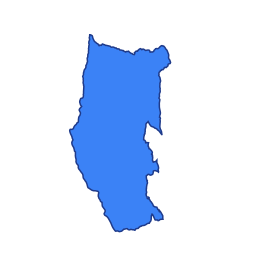 the district of La Uvita, Boyacá, Colombia, rotated 164°
{"feature_id": "7082276B58471710913685", "entity_name": "La Uvita", "entity_type": "district", "adm_level": 2, "iso_a3": "COL", "parent_name": "Colombia", "parent_adm1": "Boyacá", "projection": "equal_earth", "projection_center": [-72.564, 6.265], "detail": "fine", "context": "isolated", "style": "filled", "palette": "blue", "viewbox_px": 256, "rotation_deg": 164, "n_neighbors": 0, "source": "geoboundaries", "source_scale": "gbopen_adm2", "svg_char_len": 5806}
<svg xmlns="http://www.w3.org/2000/svg" viewBox="0 0 256 256"><g transform="rotate(164 128 128)"><path d="M186.8,103.5L186.6,102.1L186.0,100.8L185.3,98.7L184.4,96.6L184.3,95.1L184.7,93.1L184.7,91.9L184.5,91.3L184.1,90.5L183.7,88.9L183.1,87.5L182.9,85.0L183.0,83.0L182.9,81.7L179.9,78.2L178.6,77.3L176.6,76.6L174.5,75.5L174.2,75.2L174.0,74.6L174.0,73.7L174.7,72.6L175.4,70.7L175.3,68.2L174.8,67.1L174.6,65.1L173.9,64.0L173.5,63.7L174.1,60.8L174.2,59.7L172.8,55.8L172.7,55.1L172.9,54.2L174.6,52.2L174.6,51.4L174.3,50.5L172.8,48.9L172.4,48.1L171.8,46.7L170.7,41.8L170.2,37.4L169.7,35.3L168.9,33.2L168.5,32.3L166.3,31.9L165.0,30.8L164.5,30.7L162.5,30.6L159.8,31.9L159.4,31.7L157.5,31.7L156.4,31.4L155.9,30.4L155.2,29.9L154.3,29.6L153.2,29.8L151.6,28.9L150.6,28.6L149.9,28.0L149.5,27.8L148.5,28.8L147.2,28.9L145.9,28.7L144.9,29.4L144.5,29.6L144.1,29.6L143.3,30.1L142.4,29.9L141.8,30.2L141.0,30.2L139.1,29.9L137.4,30.2L136.1,30.7L135.1,30.8L133.7,30.6L133.4,31.2L132.5,31.7L131.6,32.5L130.9,33.8L129.8,37.0L129.6,37.4L129.1,37.5L128.8,38.6L128.7,38.6L128.4,38.4L128.0,37.1L127.4,32.8L127.2,32.1L125.0,31.4L124.7,31.1L124.6,30.6L123.7,30.6L122.5,31.2L121.4,31.1L119.5,30.7L119.5,31.4L118.8,33.9L118.8,34.3L119.7,38.1L120.6,40.3L121.0,39.6L121.2,40.7L121.9,41.7L121.8,42.5L122.1,43.5L122.1,43.9L124.2,45.0L124.6,45.6L125.1,46.1L125.2,47.8L126.1,50.7L126.6,51.4L126.8,52.7L127.2,53.4L127.1,54.8L126.9,55.3L127.2,55.6L127.4,54.8L127.7,54.3L128.7,54.7L128.9,55.3L128.6,56.6L129.1,57.7L129.0,58.2L128.9,59.6L128.5,59.7L128.3,60.4L127.9,60.8L127.7,61.5L127.8,62.4L127.1,64.6L126.8,65.3L126.7,65.3L126.6,65.9L125.3,68.6L124.4,69.8L124.3,70.7L124.4,71.5L124.0,71.9L123.9,72.1L124.2,73.0L124.3,73.0L124.3,73.3L124.1,75.0L123.6,77.0L122.0,77.6L121.9,77.8L121.3,77.9L120.3,77.4L120.2,77.1L119.7,76.6L118.9,76.4L117.4,76.6L116.7,77.0L116.6,77.3L116.0,78.3L115.6,79.5L114.9,79.7L113.7,79.6L111.5,78.1L110.9,77.2L110.7,77.5L110.5,79.8L109.9,80.5L109.5,81.7L109.4,83.6L109.8,87.0L109.1,89.2L110.6,88.2L110.9,88.1L112.1,88.3L113.1,88.2L113.3,88.7L113.1,89.2L113.4,90.0L113.4,90.3L112.4,92.7L112.4,94.1L112.1,94.2L112.0,95.6L112.6,96.0L112.6,96.5L111.7,97.0L111.3,98.0L111.6,99.4L112.6,101.6L112.8,101.9L113.5,102.3L113.3,103.8L113.6,104.5L113.6,105.2L113.0,106.9L112.6,107.7L112.3,108.2L113.9,108.8L115.0,108.8L115.1,109.1L114.8,109.7L114.9,110.6L115.3,111.6L116.2,112.4L115.3,114.9L114.9,115.7L114.5,116.2L114.1,117.4L113.3,117.7L113.3,118.3L113.0,118.6L112.8,119.4L112.4,119.9L112.0,121.6L110.4,124.4L109.7,126.8L108.5,127.8L107.6,128.0L106.9,128.6L106.1,125.2L105.4,123.6L105.2,123.2L103.2,121.8L102.8,121.3L102.2,120.4L101.7,120.2L100.5,119.1L100.2,118.2L99.0,116.6L97.4,112.4L97.2,112.4L96.8,115.3L97.0,117.2L97.2,117.9L97.2,119.2L97.0,120.7L95.1,125.8L94.9,127.3L94.2,128.3L94.3,129.4L94.7,129.6L94.6,129.8L94.1,131.1L93.2,132.4L92.7,133.5L92.5,134.9L92.3,137.7L92.1,139.4L91.0,143.4L89.6,146.3L89.6,147.0L90.0,148.0L90.0,148.3L89.1,149.5L88.6,151.6L88.2,152.5L87.3,153.6L87.0,154.2L86.5,156.4L86.1,157.4L86.3,158.0L86.0,158.7L86.0,159.4L85.4,160.7L85.1,162.0L83.7,164.2L83.4,167.7L83.7,169.2L84.0,170.0L83.4,170.9L83.3,171.9L82.7,173.0L81.7,173.4L80.9,174.3L80.1,174.2L79.3,174.8L78.3,174.4L77.7,174.9L77.0,175.2L76.6,175.9L76.1,176.1L75.2,176.0L74.8,175.6L74.3,175.8L72.4,176.8L72.1,177.8L71.7,178.3L70.9,178.4L70.0,178.3L69.6,178.5L69.0,179.3L69.1,181.5L69.2,182.1L69.7,183.3L69.7,184.0L69.6,184.6L68.8,186.7L68.7,187.3L68.7,187.8L69.1,192.0L69.8,193.3L70.3,195.3L71.1,196.9L71.4,196.8L72.6,197.8L73.3,197.9L75.0,197.2L76.0,196.5L76.9,196.1L77.8,196.1L78.6,196.5L79.6,196.6L80.6,195.9L81.5,195.5L82.3,194.5L83.9,194.3L84.8,194.8L85.8,194.8L85.9,195.3L85.9,196.5L86.3,197.0L86.9,197.3L88.2,197.6L89.3,197.6L89.7,197.7L91.1,199.3L91.9,199.8L92.8,199.5L93.2,199.5L93.7,200.5L94.3,200.9L95.8,200.5L96.5,200.0L97.1,199.9L97.7,199.2L98.5,199.4L98.9,199.7L99.8,199.3L100.4,198.8L101.0,198.7L100.9,197.9L101.0,197.6L101.3,197.2L101.9,196.8L102.3,197.2L103.0,197.5L103.6,198.5L104.5,198.9L105.9,200.7L106.1,201.4L106.3,201.7L107.5,201.7L108.5,202.0L109.2,201.7L109.5,201.8L110.0,202.4L110.7,202.8L111.1,203.7L111.9,203.9L112.3,204.4L114.4,205.3L114.6,206.1L114.9,206.5L115.4,206.7L115.9,206.7L116.4,207.1L116.9,207.3L117.4,208.3L118.2,208.4L119.4,209.6L120.2,210.0L121.7,210.2L122.2,210.7L122.6,211.5L126.0,213.4L126.8,213.6L127.5,214.5L128.4,214.9L129.1,215.7L129.5,215.8L129.7,215.7L130.8,214.8L131.3,215.0L132.1,215.5L132.6,215.1L133.1,215.1L133.7,217.1L134.0,217.4L134.9,218.2L135.4,219.3L136.1,220.0L136.5,220.9L137.0,223.8L136.9,225.9L137.0,226.6L137.9,227.6L138.5,228.0L139.1,228.2L139.7,226.5L140.4,225.4L140.4,223.9L141.0,222.8L141.6,222.1L141.9,221.5L142.3,220.3L142.3,218.9L143.0,217.8L143.6,216.1L144.1,215.2L144.3,213.8L144.8,212.9L145.3,210.9L146.3,209.8L147.1,207.4L148.0,206.4L148.7,202.7L149.3,202.2L149.9,201.0L151.3,199.6L151.6,198.3L152.1,197.4L154.1,195.8L155.2,193.8L155.7,193.1L155.9,192.1L156.3,191.3L156.7,190.8L157.3,190.2L157.3,188.1L157.7,187.1L157.9,185.7L158.7,183.9L158.8,181.7L159.0,181.1L158.9,180.4L159.3,179.2L160.7,175.3L161.2,173.5L161.8,172.4L161.9,171.3L162.6,170.0L163.3,169.4L163.9,169.3L164.8,169.5L165.5,169.2L167.0,167.1L167.3,166.1L167.3,163.3L166.6,161.5L168.8,160.1L169.4,159.6L169.8,159.1L170.0,158.4L169.5,155.8L169.8,154.8L170.9,153.2L171.8,152.6L172.5,151.7L173.4,149.6L173.8,148.1L174.4,147.2L175.4,147.1L176.8,145.7L178.1,145.2L179.3,144.3L180.8,142.4L182.2,142.1L183.9,142.6L184.6,142.0L184.8,141.4L184.9,140.2L184.8,138.2L184.4,136.0L184.3,135.0L184.4,133.6L184.2,132.1L184.2,131.7L185.3,130.6L186.0,129.6L186.3,128.0L186.2,126.5L185.6,124.2L185.6,122.0L185.8,120.6L185.1,119.4L185.4,118.7L185.7,117.4L186.2,116.0L186.5,114.1L186.5,112.4L186.8,111.2L187.3,109.9L187.2,108.0L186.2,105.8L186.3,104.9L186.8,103.5Z" fill="#3b82f6" stroke="#1e3a8a" stroke-width="1.5"/></g></svg>